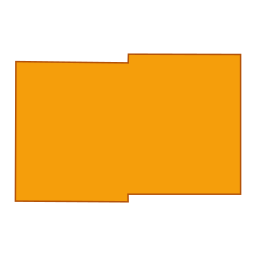 the district of Kidder, North Dakota, United States of America, rotated 90°
{"feature_id": "52423323B48688869895164", "entity_name": "Kidder", "entity_type": "district", "adm_level": 2, "iso_a3": "USA", "parent_name": "United States of America", "parent_adm1": "North Dakota", "projection": "mercator", "projection_center": [-99.858, 46.979], "detail": "fine", "context": "isolated", "style": "filled", "palette": "amber", "viewbox_px": 256, "rotation_deg": 90, "n_neighbors": 0, "source": "geoboundaries", "source_scale": "gbopen_adm2", "svg_char_len": 302}
<svg xmlns="http://www.w3.org/2000/svg" viewBox="0 0 256 256"><g transform="rotate(90 128 128)"><path d="M72.2,15.4L54.5,15.4L54.2,127.6L62.9,127.8L62.6,156.0L61.6,240.1L98.2,240.2L201.1,240.6L201.8,127.9L194.2,128.0L194.2,15.4L72.2,15.4Z" fill="#f59e0b" stroke="#b45309" stroke-width="1.5"/></g></svg>